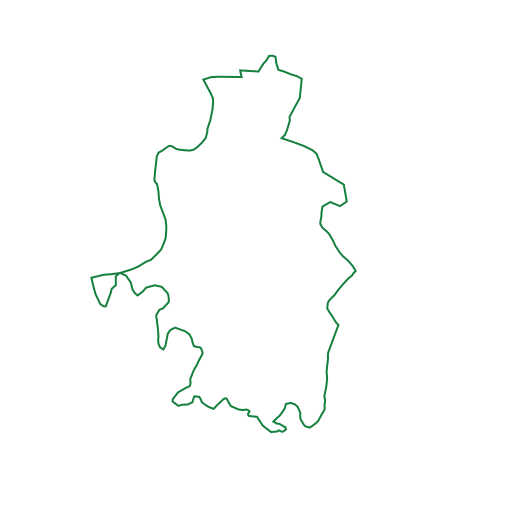 outline of Basyun, Al Gharbiyah, Egypt, rotated 40°
{"feature_id": "37247803B14729269607977", "entity_name": "Basyun", "entity_type": "district", "adm_level": 2, "iso_a3": "EGY", "parent_name": "Egypt", "parent_adm1": "Al Gharbiyah", "projection": "robinson", "projection_center": [30.832, 30.96], "detail": "fine", "context": "isolated", "style": "outline", "palette": "green", "viewbox_px": 512, "rotation_deg": 40, "n_neighbors": 0, "source": "geoboundaries", "source_scale": "gbopen_adm2", "svg_char_len": 3888}
<svg xmlns="http://www.w3.org/2000/svg" viewBox="0 0 512 512"><g transform="rotate(40 256 256)"><path d="M290.4,155.8L277.4,144.9L253.4,148.5L241.2,141.2L236.5,138.7L235.0,138.7L231.2,138.7L221.8,141.0L210.6,145.0L207.0,146.5L199.9,149.3L200.3,144.8L199.2,140.9L198.8,139.5L198.5,138.9L194.9,130.6L192.3,127.9L189.7,115.7L189.6,115.0L188.0,106.8L185.1,102.6L182.7,99.0L177.2,90.9L171.4,92.0L166.3,94.3L158.8,96.7L153.5,99.0L147.8,95.4L142.9,90.9L140.2,91.8L137.4,94.3L138.3,100.1L138.0,103.2L138.3,105.4L138.5,107.8L138.8,109.6L139.3,113.1L124.6,124.0L129.9,128.2L113.7,141.4L110.5,144.2L106.6,147.9L106.5,148.0L102.3,154.7L111.7,158.5L117.0,160.6L121.5,162.8L124.2,165.6L128.5,171.7L133.8,181.5L136.9,189.5L139.1,192.6L139.5,193.5L141.6,197.7L141.7,204.7L141.4,207.0L141.0,210.6L139.9,214.7L137.6,217.7L133.2,221.0L128.1,224.3L125.5,225.4L122.4,225.7L122.0,225.8L120.7,226.2L118.9,227.2L118.3,228.4L117.2,232.5L116.3,236.1L114.9,239.5L116.0,243.5L124.2,255.9L129.4,263.2L131.4,264.2L133.6,264.4L135.4,265.7L138.5,268.2L139.6,269.1L145.0,274.6L149.8,278.6L158.9,283.7L163.7,286.5L167.5,290.2L170.7,293.9L175.4,300.6L177.3,305.8L177.5,306.7L178.2,308.9L178.2,309.0L179.2,312.1L178.7,319.5L178.0,326.3L175.2,331.8L172.9,338.9L171.2,342.7L169.3,346.2L166.6,350.5L163.2,355.7L162.9,356.3L165.8,355.5L169.3,354.6L177.4,356.9L182.7,360.9L186.7,362.3L190.7,362.3L192.1,356.0L192.1,351.0L193.0,349.7L194.8,347.0L197.4,343.4L203.7,340.2L212.5,341.4L214.8,343.0L217.5,345.7L218.8,347.5L218.4,356.0L216.6,359.2L217.0,361.9L217.5,365.1L217.9,365.5L218.8,366.9L221.1,368.7L223.9,371.4L226.4,373.6L233.1,380.4L234.9,383.1L237.5,385.8L241.1,387.6L245.1,387.2L244.2,382.7L238.4,372.3L238.0,369.2L238.4,366.5L240.2,362.8L241.1,362.5L247.4,360.2L248.7,359.7L249.6,359.3L255.0,358.8L259.9,360.6L262.1,362.4L265.7,364.7L267.4,364.7L271.9,362.0L273.2,362.0L277.2,364.3L278.1,366.1L279.0,371.0L279.9,374.7L280.8,377.8L281.2,380.5L282.1,384.6L284.8,392.7L287.5,395.4L288.8,397.7L288.4,399.5L287.0,402.2L285.7,405.8L283.9,410.7L284.3,419.3L285.2,420.6L285.7,421.1L291.0,420.8L292.8,420.7L295.0,417.5L297.2,415.3L299.0,413.9L301.3,409.0L299.5,404.9L299.0,403.1L301.1,401.7L303.1,400.4L304.8,400.9L308.4,402.7L312.0,402.7L316.0,402.2L319.4,401.2L321.8,400.4L322.2,394.1L322.5,392.1L323.1,386.5L324.0,384.7L324.9,384.2L326.7,384.7L332.5,387.0L333.9,387.0L341.4,384.7L345.0,382.5L347.2,379.8L350.4,378.9L351.3,380.2L351.2,382.0L352.6,383.0L353.5,383.0L360.2,378.5L362.8,379.4L366.0,380.3L370.0,381.6L380.7,381.2L381.7,380.2L385.1,376.7L385.6,374.9L388.7,374.0L389.2,373.5L389.6,373.1L390.5,369.5L388.3,368.2L387.4,368.6L382.0,369.5L379.8,370.9L375.8,371.7L376.2,366.3L376.7,364.1L376.7,362.0L376.7,360.5L376.3,356.4L375.8,353.7L374.0,350.1L377.2,346.1L379.8,345.2L380.7,344.7L384.7,344.7L390.5,347.5L392.3,349.7L395.0,352.4L401.7,354.7L403.5,354.7L407.5,352.9L408.6,348.9L408.8,348.0L409.3,345.7L409.7,342.6L408.0,334.4L407.5,330.4L406.6,328.6L404.4,326.3L402.2,322.7L398.9,319.8L398.2,319.1L395.1,313.2L393.3,310.1L389.3,304.2L384.4,299.2L383.5,297.9L376.9,288.0L375.3,286.3L373.3,283.4L364.8,259.5L363.5,255.9L359.9,255.4L355.9,254.1L351.9,252.7L348.3,251.8L344.3,250.4L341.2,245.9L340.7,243.7L340.7,240.9L341.2,236.0L341.2,234.2L341.0,232.2L340.8,229.2L340.8,225.6L340.8,222.0L341.2,213.5L342.1,209.4L341.7,206.2L342.1,203.5L339.1,202.4L337.2,201.7L332.3,200.8L329.2,200.4L325.2,200.3L322.5,200.3L317.6,199.4L314.5,198.5L310.0,197.1L305.6,194.9L298.0,192.2L294.4,191.7L289.1,191.7L285.0,190.3L283.7,189.0L280.6,183.6L278.4,180.8L276.6,177.8L275.2,175.4L275.7,173.6L278.3,166.9L288.3,163.8L290.4,156.5L290.4,155.8ZM143.9,378.5L144.3,378.9L145.7,379.8L149.2,382.5L152.4,384.8L157.7,388.4L167.5,392.9L171.5,392.5L173.3,391.1L168.4,377.6L166.6,374.0L167.1,369.9L167.5,368.6L166.9,367.9L161.7,361.8L162.2,357.7L162.9,356.3L156.8,363.0L151.2,368.5L143.9,378.5Z" fill="none" stroke="#15803d" stroke-width="2"/></g></svg>